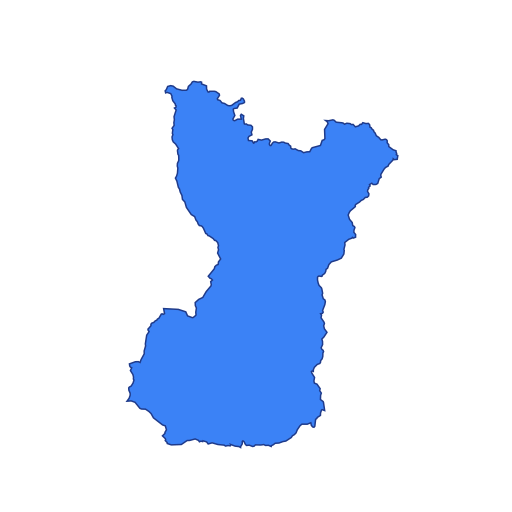 the district of La Ceja, Antioquia, Colombia, rotated 164°
{"feature_id": "7082276B13386245967874", "entity_name": "La Ceja", "entity_type": "district", "adm_level": 2, "iso_a3": "COL", "parent_name": "Colombia", "parent_adm1": "Antioquia", "projection": "orthographic", "projection_center": [-75.43, 5.984], "detail": "fine", "context": "isolated", "style": "filled", "palette": "blue", "viewbox_px": 512, "rotation_deg": 164, "n_neighbors": 0, "source": "geoboundaries", "source_scale": "gbopen_adm2", "svg_char_len": 6087}
<svg xmlns="http://www.w3.org/2000/svg" viewBox="0 0 512 512"><g transform="rotate(164 256 256)"><path d="M297.8,439.8L297.9,437.7L296.4,437.8L293.2,435.6L292.7,432.9L293.2,431.5L293.2,428.2L291.7,424.4L291.9,423.2L291.4,422.4L291.9,421.1L293.6,420.7L292.5,418.4L296.4,412.5L296.9,409.5L298.2,406.8L298.7,404.1L301.5,401.9L301.1,400.4L302.6,397.0L302.4,395.6L303.9,393.6L304.4,390.8L304.1,388.5L302.4,385.8L300.8,380.5L302.0,379.8L302.5,378.8L303.0,375.3L302.6,374.1L303.5,370.5L304.0,369.0L306.0,366.7L306.9,364.1L306.9,362.1L308.7,357.2L310.4,354.6L312.0,353.1L311.4,349.8L311.7,343.4L311.1,341.6L311.2,338.4L310.5,334.6L311.1,330.7L309.5,327.6L309.5,321.9L306.8,313.7L304.1,310.8L303.8,307.1L302.9,305.0L302.8,302.8L302.1,300.9L300.2,300.0L299.5,299.0L298.9,297.2L298.1,291.5L297.2,290.9L296.5,288.8L295.5,288.3L292.3,284.5L291.5,282.4L290.5,282.1L289.1,279.5L289.2,276.2L290.2,274.8L290.3,272.3L292.1,269.4L290.8,262.9L293.7,260.7L294.7,258.3L296.6,258.1L298.5,257.1L299.6,255.2L307.5,249.7L306.3,247.2L305.2,246.4L304.5,244.9L306.6,243.9L306.9,240.7L307.6,239.6L313.7,235.5L318.6,230.8L323.0,230.1L327.3,228.0L328.0,224.9L327.6,222.5L329.4,218.5L329.9,215.9L330.5,215.4L333.3,214.2L334.2,214.3L338.3,217.3L338.9,221.7L345.4,226.1L359.3,230.9L359.8,225.8L361.3,225.5L362.0,226.2L363.0,226.3L366.4,223.0L368.2,222.5L369.0,221.7L370.8,221.4L372.6,220.3L374.7,220.2L375.8,219.4L376.2,217.9L380.0,215.5L380.2,214.5L379.6,212.8L382.9,210.0L386.6,202.0L386.9,200.0L389.7,195.5L390.4,192.8L395.1,188.0L396.8,185.6L398.3,186.9L401.1,187.6L407.4,187.2L407.7,185.1L407.4,183.9L406.3,182.8L408.3,180.5L407.0,176.1L407.1,173.4L407.8,171.5L407.5,170.4L409.2,167.8L411.8,165.4L413.9,164.9L414.7,164.3L415.2,162.0L414.8,158.8L415.3,156.9L417.1,154.3L420.0,152.0L415.9,151.1L412.6,148.7L409.6,141.6L408.3,140.5L404.4,139.2L401.8,136.1L400.3,133.5L399.2,128.7L392.4,119.4L390.0,117.7L390.0,113.6L392.1,111.6L392.5,110.5L395.5,108.9L393.5,105.4L393.5,104.3L394.1,103.6L392.8,101.2L393.0,100.2L389.5,97.8L379.7,95.4L373.1,97.6L370.6,97.0L364.9,96.9L362.1,94.6L361.6,93.0L359.9,93.2L358.4,92.3L357.9,93.0L354.7,90.9L353.8,88.5L349.7,88.5L344.6,85.3L338.8,83.0L337.7,81.7L335.1,81.5L333.1,80.6L332.3,81.3L332.4,81.9L328.5,79.0L324.9,77.5L323.6,76.2L323.4,76.9L321.0,79.2L320.3,81.6L319.5,81.9L318.7,80.9L318.1,77.7L317.3,76.5L314.6,76.0L311.7,73.8L310.3,73.7L308.6,74.6L303.5,73.0L300.5,72.6L299.1,71.3L296.2,70.6L293.9,68.7L293.4,69.5L291.4,69.8L289.2,70.7L285.4,69.9L281.3,70.2L278.3,69.9L272.1,71.8L270.5,73.2L268.4,73.7L266.3,74.9L264.2,77.6L260.5,80.7L258.2,81.7L253.0,80.2L249.3,80.6L249.5,77.9L248.6,76.0L247.5,75.4L246.4,76.1L243.7,82.6L242.4,83.0L241.6,83.9L238.0,85.0L237.2,87.4L235.5,89.8L234.8,90.1L232.6,88.5L231.5,96.6L231.6,97.6L233.6,100.3L232.3,104.3L231.0,106.2L231.9,109.0L230.9,110.8L232.7,116.0L234.9,117.7L234.8,119.9L233.2,123.1L234.6,128.0L234.6,129.7L233.6,130.0L232.7,129.3L232.2,130.9L230.6,132.9L227.0,134.9L224.3,135.1L223.3,136.0L222.7,137.6L220.8,138.9L219.5,141.0L218.4,144.4L217.4,145.4L217.5,146.9L218.4,148.0L218.7,149.8L216.4,152.5L215.6,155.5L215.6,158.0L213.1,159.4L208.8,163.1L210.3,167.1L210.2,170.2L208.8,172.3L208.9,173.8L210.5,178.7L209.3,181.1L209.8,182.7L207.9,182.6L206.9,183.5L207.0,185.3L203.3,190.2L201.9,193.0L201.9,194.8L203.1,196.3L203.2,200.4L202.2,201.8L201.8,206.3L201.9,207.4L203.5,210.4L203.7,213.0L203.5,216.0L202.7,218.6L202.1,219.2L201.0,219.4L198.7,218.3L197.9,218.5L197.7,219.2L194.8,220.3L193.3,221.9L192.3,223.9L190.6,224.5L188.3,227.7L185.2,229.6L179.0,229.7L174.6,230.4L171.0,233.7L169.6,237.1L169.7,238.1L167.4,242.1L167.0,244.5L162.2,246.5L158.8,246.7L158.2,247.3L157.4,246.4L155.1,246.6L154.3,249.2L155.4,251.8L154.6,254.0L153.1,256.0L153.3,257.2L154.6,258.6L154.3,261.7L156.0,265.5L156.1,270.0L154.4,272.1L152.9,273.4L146.9,276.1L146.7,277.4L145.8,278.1L141.7,279.3L139.6,280.4L137.2,280.8L134.8,282.2L132.9,281.8L131.2,282.7L130.3,284.6L131.0,287.3L130.3,288.9L129.0,289.8L128.9,290.9L127.0,291.9L127.2,293.4L124.6,294.0L123.7,292.4L121.0,291.7L119.0,292.2L116.2,296.4L113.9,297.3L113.8,299.4L113.3,300.2L109.1,304.1L107.1,305.4L104.2,306.0L103.2,307.4L97.7,310.6L97.3,311.6L96.6,310.5L93.6,310.0L92.0,313.4L93.2,314.7L92.5,315.8L92.7,317.2L92.4,318.6L94.9,320.3L98.2,324.6L97.7,326.4L98.7,328.7L98.1,330.6L98.5,331.9L99.6,332.7L102.7,332.8L104.0,333.3L105.3,336.2L107.2,338.4L107.6,341.4L108.4,343.0L108.4,344.5L109.5,346.0L109.9,347.6L110.9,348.4L110.6,350.9L111.4,352.5L113.8,353.0L116.6,354.7L118.3,353.4L119.5,353.9L121.5,352.8L124.9,352.8L126.4,355.7L128.2,356.1L129.0,357.3L132.1,358.6L134.6,358.3L135.4,359.6L136.7,360.4L142.0,362.5L143.5,365.0L144.6,365.7L148.9,366.0L151.7,367.0L150.5,365.4L150.3,363.3L155.2,358.8L157.4,349.8L158.6,349.0L160.5,348.9L163.6,344.5L171.8,344.6L172.8,344.3L175.6,341.4L178.5,342.1L181.8,342.2L184.0,344.8L186.3,345.7L188.8,348.2L190.7,348.4L192.1,349.2L192.8,350.3L192.4,352.0L193.6,353.6L194.1,355.2L196.9,356.6L197.9,357.7L199.9,358.4L202.8,358.3L206.0,360.4L207.6,360.7L209.2,359.9L211.1,358.1L211.9,358.2L212.4,359.4L212.1,360.6L210.6,362.6L212.0,365.2L214.5,365.9L218.8,365.9L221.8,367.5L223.2,366.0L224.4,365.7L226.0,366.1L226.5,365.3L227.3,365.2L228.0,367.8L231.4,369.1L231.2,371.6L229.9,372.9L226.5,373.6L226.4,376.4L224.5,378.7L223.8,381.1L224.8,383.0L227.9,384.3L228.9,385.6L230.3,385.8L230.8,386.3L230.2,391.7L229.1,394.1L231.1,396.3L232.2,395.4L232.4,391.6L235.9,392.6L239.2,391.9L240.3,392.6L240.5,393.4L240.4,394.1L237.6,396.9L237.8,400.7L237.4,403.4L236.5,403.8L233.3,403.4L230.3,406.6L226.9,406.3L224.8,406.7L224.4,408.0L224.9,410.5L225.7,411.5L226.6,411.7L228.0,410.0L229.9,410.2L231.0,409.4L233.3,409.2L237.8,407.5L239.7,407.6L241.6,408.4L244.2,411.3L246.5,412.6L247.7,415.4L249.8,416.8L249.8,417.9L246.8,420.5L246.7,421.9L249.3,425.1L250.8,425.9L255.2,427.1L256.1,426.5L256.9,426.9L257.5,430.0L256.7,433.2L260.9,436.4L260.4,438.1L261.2,438.7L263.9,439.1L267.6,441.0L269.2,440.9L271.1,439.2L274.2,437.7L275.8,435.1L277.2,434.5L281.5,435.7L286.3,438.6L288.8,442.1L291.1,443.3L294.2,443.3L296.4,440.6L297.8,439.8Z" fill="#3b82f6" stroke="#1e3a8a" stroke-width="1.5"/></g></svg>